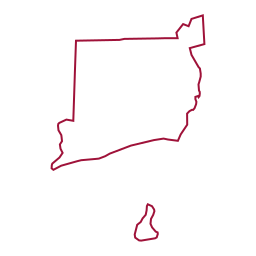 Washington, Rhode Island, United States of America (Mercator projection)
{"feature_id": "52423323B82979522420472", "entity_name": "Washington", "entity_type": "district", "adm_level": 2, "iso_a3": "USA", "parent_name": "United States of America", "parent_adm1": "Rhode Island", "projection": "mercator", "projection_center": [-71.592, 41.4], "detail": "fine", "context": "isolated", "style": "outline", "palette": "rose", "viewbox_px": 256, "rotation_deg": 0, "n_neighbors": 0, "source": "geoboundaries", "source_scale": "gbopen_adm2", "svg_char_len": 1245}
<svg xmlns="http://www.w3.org/2000/svg" viewBox="0 0 256 256"><path d="M52.3,163.6L51.8,165.2L51.6,168.3L53.4,169.8L61.2,165.7L77.2,161.2L81.2,160.2L96.0,158.9L98.9,158.6L105.2,156.2L109.8,153.6L130.9,145.6L153.9,140.1L163.5,138.6L164.6,138.8L167.9,139.5L177.9,140.8L180.7,134.4L187.2,124.7L187.1,113.6L187.5,113.2L189.4,111.2L192.0,109.8L193.1,109.9L194.5,108.3L196.1,104.2L196.4,101.8L195.4,99.1L195.4,96.9L198.0,96.0L198.6,97.2L199.5,96.0L199.8,93.6L199.7,91.8L199.0,90.6L198.5,84.4L199.2,82.2L200.7,76.6L200.7,73.5L199.9,68.5L198.5,67.0L191.5,54.9L189.8,48.1L201.1,45.0L204.4,44.1L202.8,15.4L191.5,18.9L188.6,26.2L183.1,24.1L176.4,32.6L177.6,38.2L173.0,38.2L164.9,38.2L157.5,38.4L124.4,38.9L119.5,39.9L76.0,40.7L74.9,71.9L74.6,81.3L73.3,120.7L73.3,120.8L66.4,119.6L59.3,122.9L58.3,123.9L58.0,125.7L58.5,130.3L61.3,135.1L61.6,137.3L62.0,141.2L59.9,144.4L60.5,148.7L62.6,152.9L59.5,157.5L52.3,163.6ZM134.7,234.5L135.2,237.6L139.1,240.4L141.2,240.6L155.1,238.3L156.7,237.4L157.8,234.0L157.6,232.4L155.7,231.6L152.1,227.4L150.5,223.8L151.0,218.9L153.2,214.9L154.4,211.2L154.1,209.5L152.0,206.2L147.8,204.3L146.9,206.1L146.6,210.4L145.7,214.8L142.6,218.4L140.7,222.0L137.2,224.8L134.7,234.5Z" fill="none" stroke="#9f1239" stroke-width="2"/></svg>